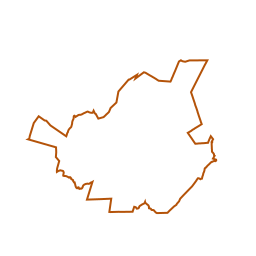 outline of Santo Domingo Zanatepec, Oaxaca, Mexico, rotated 195°
{"feature_id": "50627088B83008537786296", "entity_name": "Santo Domingo Zanatepec", "entity_type": "district", "adm_level": 2, "iso_a3": "MEX", "parent_name": "Mexico", "parent_adm1": "Oaxaca", "projection": "orthographic", "projection_center": [-94.338, 16.44], "detail": "fine", "context": "isolated", "style": "outline", "palette": "amber", "viewbox_px": 256, "rotation_deg": 195, "n_neighbors": 0, "source": "geoboundaries", "source_scale": "gbopen_adm2", "svg_char_len": 5371}
<svg xmlns="http://www.w3.org/2000/svg" viewBox="0 0 256 256"><g transform="rotate(195 128 128)"><path d="M220.3,108.4L220.6,100.4L220.8,94.8L220.6,92.1L221.6,91.2L192.5,90.7L192.4,90.2L191.8,88.5L191.0,85.8L190.2,81.5L190.2,81.3L190.1,81.2L189.9,81.1L185.9,78.3L186.0,70.6L185.6,68.1L185.3,67.2L183.9,68.7L183.7,68.8L183.1,69.1L182.7,69.5L182.1,69.7L181.6,69.6L181.4,69.6L180.4,69.7L179.5,69.6L179.3,69.4L179.0,69.0L178.6,68.5L178.4,67.0L178.4,66.0L178.3,65.7L178.2,65.2L177.5,65.1L176.1,65.4L175.1,65.5L174.0,65.3L173.0,65.1L172.4,64.8L172.0,64.8L171.9,65.0L171.6,65.4L171.4,65.5L171.1,65.5L170.7,65.3L170.3,64.9L169.9,64.7L169.8,64.4L169.5,63.9L168.9,63.8L167.7,63.5L167.5,63.3L167.4,62.9L167.1,62.4L166.7,62.2L166.3,61.7L165.9,61.6L165.4,61.6L165.3,60.9L164.8,60.5L163.6,58.3L163.2,57.7L162.4,56.9L161.6,56.6L161.4,56.7L161.1,56.9L161.0,57.1L161.1,57.4L160.9,57.7L160.6,57.9L160.4,57.9L160.1,57.6L160.0,57.4L159.9,57.2L159.7,56.9L159.5,56.7L159.3,56.6L159.1,56.8L158.7,57.1L158.3,57.2L157.9,57.1L157.7,57.2L157.3,57.4L156.9,57.8L156.8,58.3L156.6,58.6L156.5,59.1L156.6,59.8L156.4,60.5L156.3,61.0L156.1,61.3L155.6,62.0L155.0,62.5L154.4,63.0L153.5,63.4L152.7,63.8L152.2,63.8L151.5,63.9L151.1,64.1L150.8,64.3L150.5,64.7L150.3,65.0L150.0,65.4L149.7,65.7L149.5,65.9L149.0,66.2L148.7,66.3L148.6,66.5L148.4,66.7L149.1,48.2L135.7,52.3L125.9,55.4L124.3,42.1L123.1,42.3L115.1,44.7L113.6,45.0L101.9,48.3L101.6,53.5L101.2,53.5L100.9,53.5L100.5,53.5L100.3,53.5L100.1,53.5L99.9,53.4L99.7,53.3L99.5,53.1L99.3,53.0L99.1,52.8L99.0,52.7L98.9,52.5L98.7,52.4L98.6,52.5L98.3,52.6L98.1,52.7L97.8,52.7L97.7,52.7L97.4,53.0L96.8,53.8L96.8,54.3L96.8,54.9L96.6,55.4L96.5,55.7L95.8,56.4L95.6,56.7L95.3,57.0L95.0,57.3L94.8,57.6L94.5,57.9L94.2,58.1L93.7,58.6L93.2,59.0L92.8,59.3L92.5,59.8L92.5,60.0L92.5,60.3L92.4,61.0L92.1,60.4L91.9,60.2L91.5,60.0L91.3,59.9L91.0,59.8L90.7,59.7L90.4,59.5L90.1,59.3L89.9,59.2L89.6,59.1L89.0,58.9L88.7,58.7L88.4,58.6L88.2,58.3L88.0,58.1L87.6,57.8L87.5,57.6L87.3,57.1L87.3,56.8L87.0,56.2L86.9,55.9L86.5,55.9L86.4,56.0L86.1,56.0L85.4,56.0L85.0,55.8L84.8,55.7L84.6,55.5L84.4,55.2L84.1,55.0L83.7,55.0L83.4,55.1L83.2,55.1L82.9,55.2L82.7,55.2L82.3,55.2L82.1,55.3L81.5,55.1L80.8,54.5L80.4,54.3L79.8,53.9L79.4,53.7L79.0,53.5L78.0,53.3L67.9,56.3L66.6,58.7L63.2,64.2L61.4,66.3L61.2,67.4L59.7,70.4L59.3,73.2L57.1,77.3L52.7,85.2L51.0,88.2L49.6,91.7L48.4,94.8L48.3,95.3L47.5,97.5L46.8,97.7L46.2,97.7L45.8,97.6L45.2,97.4L44.7,97.3L44.3,97.9L43.5,98.2L43.5,99.5L43.6,100.1L43.5,100.9L43.4,102.0L43.4,102.5L43.5,103.4L43.5,103.7L43.4,104.4L43.3,104.9L43.2,105.8L43.2,106.4L43.2,106.9L43.3,108.0L43.4,108.5L43.3,108.8L43.3,109.0L43.2,109.1L43.0,109.4L42.8,109.6L42.6,109.8L42.5,110.1L42.4,110.1L42.2,110.5L41.7,111.6L41.5,112.1L40.7,113.3L39.8,114.8L39.6,115.2L38.8,116.5L38.3,117.0L38.2,117.0L37.9,117.1L37.6,117.4L36.8,118.1L35.9,118.6L35.2,118.5L34.4,119.3L34.4,119.5L34.7,120.2L38.0,120.4L37.2,123.4L37.6,123.4L38.2,125.0L38.6,125.3L39.0,125.7L39.4,126.0L40.7,126.8L40.8,127.1L41.5,129.4L41.8,130.1L42.0,130.9L43.0,134.0L43.2,134.8L43.2,135.1L43.0,135.7L43.0,136.1L43.6,136.2L43.4,137.2L43.3,137.7L42.9,139.2L44.2,140.2L45.9,141.5L46.0,140.8L46.0,140.7L46.2,139.9L46.2,139.7L46.5,138.0L46.6,137.0L46.7,136.4L46.9,134.4L48.4,133.9L48.6,133.8L50.0,133.3L50.2,133.2L51.9,132.6L52.2,132.6L54.3,131.8L54.8,131.7L55.7,131.4L57.4,130.7L57.9,130.6L58.9,130.2L60.1,131.2L60.7,131.7L64.7,135.2L64.9,135.3L65.0,135.4L69.0,138.8L66.2,141.6L65.2,143.0L64.1,144.0L63.3,145.0L60.1,148.3L57.8,150.8L58.3,151.5L58.7,152.1L58.8,152.2L59.3,152.9L59.7,153.6L62.8,158.2L64.4,160.7L64.8,161.2L65.0,161.7L65.9,163.1L66.1,163.4L67.3,165.2L67.8,165.9L68.9,167.4L69.8,169.0L71.2,171.1L71.8,172.0L74.3,175.8L76.4,178.9L75.1,185.2L70.2,208.4L69.6,210.8L68.9,213.9L86.1,209.2L89.9,206.8L92.4,206.6L94.4,206.9L94.5,207.0L96.0,205.4L97.4,194.4L97.5,194.0L97.6,193.3L97.6,193.1L97.7,192.9L97.7,192.3L97.8,192.1L97.9,191.0L98.0,190.6L98.0,190.2L98.3,188.1L98.4,187.9L98.5,187.4L98.5,187.2L98.5,186.9L98.6,186.0L98.8,184.6L99.0,183.8L107.4,182.2L110.6,181.6L112.6,182.2L113.0,182.4L114.0,182.7L116.7,183.5L117.3,183.6L117.8,183.8L119.7,184.3L121.0,184.6L122.2,185.0L122.3,185.0L125.4,185.9L127.1,185.9L133.6,177.7L133.1,181.7L139.2,175.1L139.9,174.9L146.7,160.8L145.8,149.6L150.0,142.8L150.3,140.3L150.6,138.4L152.2,135.8L152.4,135.6L153.0,134.4L153.6,133.5L153.8,133.2L154.4,132.2L159.1,129.4L162.2,132.6L162.4,133.0L162.7,133.0L163.1,133.2L163.5,133.4L163.9,133.7L164.2,134.0L164.4,134.3L164.6,134.5L165.7,135.8L165.8,135.1L165.8,134.8L165.9,134.4L165.9,133.8L166.1,133.6L166.5,133.4L166.9,133.3L167.5,133.2L168.2,133.1L169.0,133.1L169.3,133.1L169.9,133.2L170.7,133.4L171.3,133.4L172.0,132.9L172.6,132.4L172.9,132.1L173.2,131.9L173.6,131.5L174.1,131.1L174.7,130.7L175.1,130.2L175.7,129.7L175.9,129.4L176.6,128.9L177.2,128.5L177.8,128.3L178.5,128.1L179.3,127.7L179.8,127.0L180.2,126.6L180.6,126.2L181.0,125.8L181.5,125.2L182.0,125.6L182.6,125.9L183.0,126.0L183.2,125.8L183.4,125.3L183.3,124.6L183.1,123.7L183.0,123.0L183.1,122.4L183.1,122.0L183.3,121.4L183.4,120.4L183.4,119.4L183.3,118.6L183.1,117.7L183.1,116.0L183.1,114.5L183.4,113.7L184.0,112.9L184.3,112.2L184.6,111.6L184.8,111.1L184.9,110.6L185.1,109.1L185.0,108.4L185.4,107.2L185.4,106.4L185.4,105.8L185.4,105.2L185.4,104.9L185.5,104.0L203.6,110.4L208.8,113.9L210.5,113.7L217.3,116.2L220.3,108.4Z" fill="none" stroke="#b45309" stroke-width="2"/></g></svg>